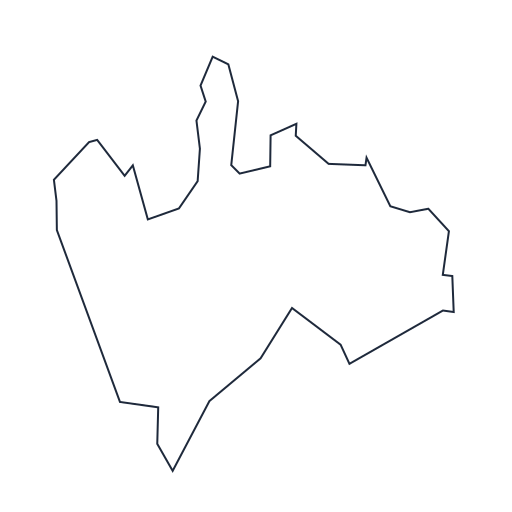 Nyirol, Jonglei, South Sudan (Robinson projection), rotated 173°
{"feature_id": "79223893B2194918447747", "entity_name": "Nyirol", "entity_type": "district", "adm_level": 2, "iso_a3": "SSD", "parent_name": "South Sudan", "parent_adm1": "Jonglei", "projection": "robinson", "projection_center": [32.071, 8.567], "detail": "fine", "context": "isolated", "style": "outline", "palette": "slate", "viewbox_px": 512, "rotation_deg": 173, "n_neighbors": 0, "source": "geoboundaries", "source_scale": "gbopen_adm2", "svg_char_len": 685}
<svg xmlns="http://www.w3.org/2000/svg" viewBox="0 0 512 512"><g transform="rotate(173 256 256)"><path d="M290.3,431.9L287.1,415.4L298.6,397.7L298.6,369.3L304.8,337.4L326.7,312.6L358.9,305.5L367.2,361.0L376.6,351.6L399.5,390.6L407.8,389.4L447.3,356.3L447.3,335.0L450.5,306.0L408.8,127.7L371.5,117.7L376.9,81.6L364.9,52.9L319.9,117.7L263.9,153.9L226.6,200.0L182.8,157.6L176.4,137.6L77.1,179.1L66.6,176.3L63.6,212.2L72.9,214.5L61.5,257.1L79.2,281.9L97.9,280.7L116.6,289.0L134.3,340.1L136.3,332.7L172.7,338.6L201.9,370.5L199.8,382.3L226.8,374.0L231.0,343.3L262.2,339.8L269.5,349.2L254.9,411.8L260.1,449.6L274.7,459.1L290.3,431.9Z" fill="none" stroke="#1e293b" stroke-width="2"/></g></svg>